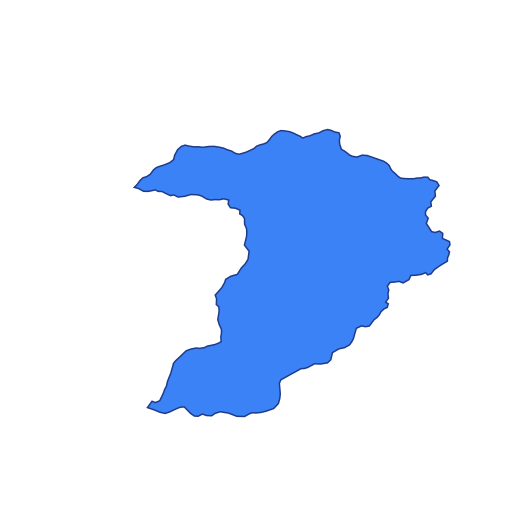 the district of Nova Rosalândia, Tocantins, Brazil, rotated 227°
{"feature_id": "56859067B9139796576235", "entity_name": "Nova Rosalândia", "entity_type": "district", "adm_level": 2, "iso_a3": "BRA", "parent_name": "Brazil", "parent_adm1": "Tocantins", "projection": "natural_earth1", "projection_center": [-48.963, -10.527], "detail": "fine", "context": "isolated", "style": "filled", "palette": "blue", "viewbox_px": 512, "rotation_deg": 227, "n_neighbors": 0, "source": "geoboundaries", "source_scale": "gbopen_adm2", "svg_char_len": 3422}
<svg xmlns="http://www.w3.org/2000/svg" viewBox="0 0 512 512"><g transform="rotate(227 256 256)"><path d="M238.2,414.0L253.6,405.9L257.3,402.5L259.6,397.2L263.3,394.4L266.4,393.2L269.5,392.8L272.4,392.3L275.7,391.2L280.6,393.4L283.8,395.9L286.2,399.3L289.5,400.7L293.1,398.1L296.7,396.6L299.6,394.7L301.9,390.5L303.2,385.7L305.5,382.1L307.1,377.5L309.2,373.9L310.3,370.7L313.8,369.8L317.4,368.3L321.0,366.9L324.2,365.2L327.7,362.5L330.7,359.8L332.1,356.5L332.6,352.8L332.7,349.2L332.0,345.4L331.5,341.5L332.7,338.1L334.5,334.9L335.9,331.3L336.0,327.7L337.3,323.6L338.7,319.5L340.4,316.1L342.0,312.9L345.6,310.7L349.4,309.7L353.4,307.4L356.9,305.9L360.7,303.3L364.9,300.0L368.4,296.0L371.7,291.3L375.1,288.4L378.2,285.0L382.4,281.7L385.5,279.7L387.1,276.0L387.2,271.1L385.2,265.3L382.7,261.5L383.1,256.6L385.1,251.2L387.3,246.6L388.6,243.5L388.9,239.9L387.9,234.6L388.6,230.2L390.3,226.7L390.3,222.6L389.4,218.1L389.2,213.8L385.7,216.0L380.0,217.9L376.7,221.3L374.9,224.2L373.1,227.4L370.0,228.5L367.3,231.2L362.5,233.0L358.5,234.6L356.7,237.6L352.3,239.2L348.2,244.7L345.5,250.1L342.2,253.5L339.9,255.5L336.6,257.3L331.5,258.7L327.7,261.2L325.1,264.6L322.2,267.5L319.8,271.4L315.6,274.2L312.9,271.0L308.7,270.3L304.9,273.6L300.4,275.5L297.9,272.8L294.7,273.7L291.3,273.2L287.1,269.4L282.4,267.7L279.1,265.0L276.5,262.1L271.9,255.0L268.2,254.6L264.2,254.2L259.0,247.9L257.6,242.6L257.2,236.9L255.3,229.7L257.0,226.6L258.5,223.4L259.6,217.9L257.9,214.8L256.2,209.5L255.2,199.5L251.6,198.0L247.6,193.9L244.1,194.1L240.5,191.1L235.6,184.7L230.8,182.3L225.7,180.6L223.2,178.2L220.9,175.2L217.1,172.1L218.0,168.7L219.3,165.5L223.3,158.9L224.2,155.8L226.7,152.0L229.6,149.4L232.4,144.8L234.3,140.3L234.2,130.9L234.2,125.8L233.8,122.6L231.4,118.7L228.3,113.6L226.3,109.2L224.4,105.3L222.1,102.2L220.7,98.2L218.6,94.1L215.8,86.8L217.5,82.4L220.7,80.9L219.2,73.2L213.3,76.4L207.2,79.2L202.9,82.1L200.9,86.3L199.5,90.8L198.1,95.0L196.8,97.9L194.5,100.6L185.2,100.8L181.0,101.8L178.3,104.3L177.0,109.0L173.1,111.0L169.4,114.6L168.8,118.8L166.5,123.6L159.8,128.8L151.9,132.6L146.4,138.2L145.2,143.3L143.9,146.4L141.3,148.8L138.4,152.7L135.7,157.4L134.3,160.6L132.4,164.9L132.8,171.6L135.2,175.7L138.4,179.5L141.0,181.6L144.1,184.0L147.0,186.3L148.5,189.8L147.3,194.4L146.1,199.5L143.8,208.4L142.9,212.1L140.7,214.7L139.2,217.9L137.2,225.4L133.0,229.5L129.1,235.4L129.1,239.9L133.2,246.0L131.5,253.4L128.6,258.2L127.2,263.9L128.0,267.8L129.2,271.0L131.8,275.2L134.7,280.1L132.9,285.5L129.6,287.9L127.5,291.1L128.2,295.0L128.9,298.8L128.5,302.9L128.9,306.1L130.0,309.3L130.0,313.6L128.9,316.9L130.8,320.1L133.8,319.3L134.8,324.1L138.4,326.7L140.6,329.9L144.4,331.5L145.2,336.2L142.4,339.6L139.9,343.3L136.0,345.2L134.4,351.7L136.2,356.0L132.9,359.8L129.7,364.5L128.1,368.7L125.1,368.7L123.6,371.7L124.4,377.1L123.8,382.0L123.2,385.5L122.5,388.7L121.7,392.4L124.1,394.9L125.4,397.9L127.2,400.4L130.7,400.4L131.9,405.5L134.6,407.3L138.1,405.9L141.7,404.3L145.2,408.0L149.1,407.2L150.9,403.2L153.9,401.1L156.7,401.5L159.6,402.1L163.6,402.7L166.2,407.7L170.5,408.0L172.8,410.2L173.9,414.2L172.8,418.2L176.4,420.8L177.4,428.0L181.5,431.1L182.1,434.3L182.7,437.9L187.0,438.8L190.6,436.9L193.2,435.1L196.4,435.4L199.1,432.7L200.9,429.5L203.1,427.1L204.8,424.3L208.3,420.4L211.5,417.3L214.3,414.9L217.2,414.2L221.6,414.0L225.3,413.6L228.4,414.1L231.2,415.1L234.7,414.9L238.2,414.0Z" fill="#3b82f6" stroke="#1e3a8a" stroke-width="1.5"/></g></svg>